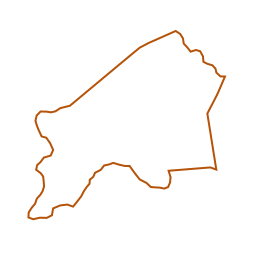 Cordeiro, Rio de Janeiro, Brazil (orthographic projection), rotated 97°
{"feature_id": "56859067B26605122636621", "entity_name": "Cordeiro", "entity_type": "district", "adm_level": 2, "iso_a3": "BRA", "parent_name": "Brazil", "parent_adm1": "Rio de Janeiro", "projection": "orthographic", "projection_center": [-42.325, -22.061], "detail": "fine", "context": "isolated", "style": "outline", "palette": "amber", "viewbox_px": 256, "rotation_deg": 97, "n_neighbors": 0, "source": "geoboundaries", "source_scale": "gbopen_adm2", "svg_char_len": 1215}
<svg xmlns="http://www.w3.org/2000/svg" viewBox="0 0 256 256"><g transform="rotate(97 128 128)"><path d="M191.6,205.1L196.3,204.2L201.2,205.1L205.0,206.9L209.3,209.9L214.5,211.0L218.8,213.8L223.9,216.3L228.9,215.9L230.1,210.9L227.8,204.7L227.1,197.7L223.9,192.9L216.9,192.5L213.1,185.8L211.4,178.9L212.7,172.9L207.6,169.7L201.5,166.1L196.1,164.1L191.6,161.8L188.0,159.4L184.0,159.6L180.7,156.5L176.5,155.3L172.9,150.0L168.1,147.1L166.7,142.9L164.4,138.3L165.5,132.3L166.1,126.2L165.5,121.8L168.5,119.0L172.5,115.3L177.6,110.1L180.3,102.9L183.8,98.2L183.6,93.3L183.3,89.1L183.7,84.6L181.7,81.0L176.9,79.6L171.6,79.8L165.5,82.5L157.1,41.5L158.5,35.3L104.0,51.0L96.9,48.4L91.4,46.3L84.6,43.8L80.8,42.6L65.1,38.0L65.5,42.6L62.3,47.0L58.5,48.4L55.5,51.8L54.6,57.1L53.1,61.2L47.8,62.3L43.0,65.8L42.3,70.1L44.6,75.2L41.0,78.7L37.4,83.0L32.3,84.4L28.3,87.7L25.9,92.5L41.1,117.9L46.7,126.0L55.5,134.4L113.0,188.4L116.5,197.5L120.3,202.1L121.8,206.3L121.7,211.1L122.3,216.8L126.8,220.2L132.3,220.7L137.0,218.6L141.0,216.4L146.9,212.7L147.6,207.9L152.5,203.5L158.9,199.6L164.8,201.4L167.6,207.9L172.5,210.7L175.8,213.6L180.6,214.1L183.5,209.1L186.5,206.3L191.6,205.1Z" fill="none" stroke="#b45309" stroke-width="2"/></g></svg>